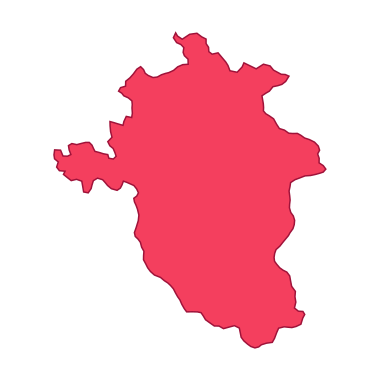 outline of Botelhos, Minas Gerais, Brazil, rotated 86°
{"feature_id": "56859067B45420528650981", "entity_name": "Botelhos", "entity_type": "district", "adm_level": 2, "iso_a3": "BRA", "parent_name": "Brazil", "parent_adm1": "Minas Gerais", "projection": "albers", "projection_center": [-46.427, -21.65], "detail": "fine", "context": "isolated", "style": "filled", "palette": "rose", "viewbox_px": 384, "rotation_deg": 86, "n_neighbors": 0, "source": "geoboundaries", "source_scale": "gbopen_adm2", "svg_char_len": 3186}
<svg xmlns="http://www.w3.org/2000/svg" viewBox="0 0 384 384"><g transform="rotate(86 192 192)"><path d="M243.5,246.1L247.8,244.1L251.8,244.7L256.2,245.1L260.6,243.1L264.5,241.5L268.4,239.0L272.2,235.3L275.0,229.4L278.6,225.7L281.0,222.5L283.8,219.9L287.3,217.3L291.5,215.5L295.5,213.6L298.8,211.6L303.3,210.0L307.9,207.8L311.2,205.7L311.5,199.9L312.0,194.9L313.0,191.4L316.2,189.5L320.4,187.4L323.7,183.4L327.2,179.1L327.6,174.4L330.5,170.1L329.2,163.7L328.3,159.0L331.0,154.3L336.2,153.6L340.3,153.1L344.1,150.7L347.6,147.2L350.2,144.1L351.9,140.1L351.2,136.3L349.2,133.4L348.0,128.2L347.6,122.4L343.8,119.9L338.1,117.3L333.9,115.1L332.9,109.5L333.6,105.5L334.2,101.8L333.4,97.5L331.5,92.6L325.5,90.3L322.0,88.1L318.9,89.7L318.3,94.2L314.9,97.9L309.1,96.1L303.7,96.6L298.4,95.8L293.0,99.2L288.1,99.8L282.5,100.4L278.5,103.0L276.3,106.7L273.7,109.8L269.9,112.6L266.8,114.5L263.0,114.7L259.0,113.8L255.3,112.2L252.1,108.1L249.0,105.3L245.4,101.9L242.3,98.9L239.5,97.1L235.7,93.9L231.7,92.3L227.4,91.6L223.0,92.6L219.3,94.9L214.6,95.9L211.1,95.5L206.9,94.7L202.6,94.8L197.8,95.1L193.6,93.9L189.5,93.0L186.9,88.4L185.5,83.6L183.8,78.1L183.8,72.6L183.1,67.7L182.2,63.2L181.3,59.7L178.5,56.9L174.9,59.2L171.8,63.2L167.2,62.8L162.8,64.0L159.2,61.8L155.0,62.8L150.8,66.3L147.9,71.2L146.0,75.9L143.0,79.5L140.9,82.8L140.7,87.3L140.1,91.4L136.7,95.5L134.8,100.4L130.3,102.9L124.7,105.5L121.4,109.6L119.1,112.9L116.1,115.1L112.7,114.7L108.9,114.7L105.0,115.1L100.9,115.5L98.5,111.3L96.8,107.8L92.6,103.9L91.9,98.9L90.9,94.8L88.2,90.8L83.2,87.2L81.3,90.8L80.8,94.8L76.1,102.2L71.7,105.3L69.5,111.8L73.6,119.4L66.8,131.2L70.7,133.2L75.7,138.6L73.7,145.7L68.3,147.3L64.6,149.3L55.0,156.3L55.9,162.3L53.2,165.4L48.8,165.4L44.9,167.6L40.4,167.3L37.9,171.5L34.0,176.0L34.5,183.3L38.9,191.1L35.4,195.6L32.1,197.2L36.8,199.8L41.9,196.9L44.1,192.8L47.4,190.1L52.1,191.1L55.5,190.1L59.2,186.7L64.3,186.9L64.3,192.3L66.1,197.5L69.4,201.9L71.3,206.9L71.9,210.4L72.9,214.3L74.9,218.6L75.1,222.9L72.7,227.6L70.3,230.4L66.5,231.8L63.4,234.5L65.6,238.4L70.3,242.4L73.8,246.0L76.9,250.4L81.8,250.9L82.9,256.0L86.3,258.2L88.5,255.2L91.3,253.3L93.6,249.0L96.9,245.6L100.5,245.5L104.0,246.0L109.3,246.0L113.5,247.0L112.0,252.3L116.9,255.0L120.7,256.2L118.7,261.6L117.3,265.2L116.0,268.9L120.3,269.1L126.1,269.0L131.8,268.0L135.9,272.5L140.2,270.7L143.1,267.6L147.5,266.1L151.1,265.2L153.6,268.2L152.5,272.6L148.8,273.4L147.7,277.7L146.2,281.5L144.7,286.0L141.6,287.3L138.3,288.5L135.4,291.0L135.1,294.6L135.8,298.8L136.7,303.6L135.3,308.5L137.1,312.0L141.5,311.6L146.2,310.2L147.6,313.7L147.1,318.2L141.1,320.2L140.4,326.1L145.3,327.1L149.3,326.8L152.7,323.3L157.7,325.3L161.5,322.8L162.4,317.2L165.5,319.0L169.3,314.9L172.2,311.7L171.3,306.3L173.5,301.2L179.1,300.6L184.4,300.1L185.6,295.6L181.6,292.4L178.4,291.4L173.8,289.6L171.6,285.3L173.5,280.3L176.6,277.9L179.6,275.8L183.1,272.2L185.1,266.6L183.1,263.2L180.0,261.3L176.4,259.7L177.8,256.4L179.8,252.6L181.5,249.5L185.1,247.0L189.1,245.5L192.2,247.4L194.2,250.5L197.8,250.1L201.5,248.7L205.3,247.6L211.3,246.6L216.9,247.6L223.4,250.1L228.5,252.3L232.4,251.7L235.1,249.2L238.6,247.0L243.5,246.1Z" fill="#f43f5e" stroke="#9f1239" stroke-width="1.5"/></g></svg>